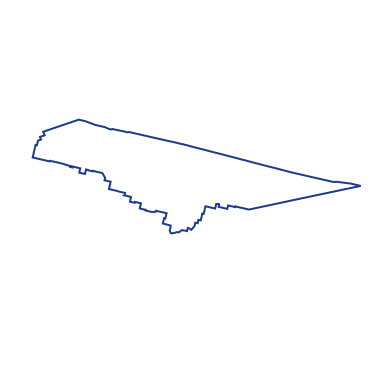 Westonia, Western Australia, Australia (Natural Earth projection), rotated 103°
{"feature_id": "25037944B31947016083721", "entity_name": "Westonia", "entity_type": "district", "adm_level": 2, "iso_a3": "AUS", "parent_name": "Australia", "parent_adm1": "Western Australia", "projection": "natural_earth1", "projection_center": [118.672, -30.879], "detail": "fine", "context": "isolated", "style": "outline", "palette": "blue", "viewbox_px": 384, "rotation_deg": 103, "n_neighbors": 0, "source": "geoboundaries", "source_scale": "gbopen_adm2", "svg_char_len": 2735}
<svg xmlns="http://www.w3.org/2000/svg" viewBox="0 0 384 384"><g transform="rotate(103 192 192)"><path d="M194.2,355.0L194.2,337.4L193.5,337.3L193.5,324.1L193.7,322.7L194.0,319.1L194.1,316.3L195.0,316.3L195.0,316.2L195.0,315.7L195.0,315.2L194.9,315.2L194.8,315.3L194.7,315.3L194.5,315.2L194.4,315.2L194.3,314.9L194.4,314.7L194.0,314.9L194.1,306.3L194.1,306.2L198.5,306.2L198.5,303.8L198.5,300.3L193.9,300.3L193.9,298.2L194.2,298.1L194.2,293.5L193.7,293.5L193.7,289.0L193.7,287.8L193.7,285.7L193.7,283.6L194.4,283.0L195.1,282.3L197.1,280.5L197.7,279.8L200.3,279.8L200.3,278.0L200.3,273.6L201.7,273.6L207.8,273.6L207.8,267.1L207.8,264.9L208.0,264.6L208.0,257.0L210.4,257.0L210.5,257.1L210.5,250.3L215.4,250.3L215.4,245.4L214.5,245.4L214.5,239.2L217.6,239.2L219.8,239.2L219.8,235.3L219.8,233.1L220.5,233.1L220.5,228.8L220.5,226.1L219.2,222.7L218.4,222.8L218.4,212.0L223.9,212.0L223.8,213.3L228.2,213.3L229.3,213.3L229.3,211.8L229.5,205.3L231.6,204.9L234.6,205.1L237.0,203.3L236.2,200.7L234.5,197.7L234.3,195.8L231.5,193.4L231.2,189.7L231.2,188.0L228.0,188.0L228.0,186.5L229.1,184.3L229.0,184.2L224.7,181.9L221.1,181.9L221.1,179.4L217.7,179.5L217.7,177.1L211.7,177.1L210.8,177.2L210.8,175.7L202.9,175.7L202.9,171.7L202.9,169.1L202.9,165.7L198.2,165.7L197.7,162.8L197.8,162.7L200.5,162.7L200.5,156.6L200.5,153.8L197.0,153.8L197.0,146.6L196.3,146.6L196.3,144.8L196.3,132.6L184.5,107.2L177.5,92.3L148.1,29.0L148.1,32.0L148.1,39.5L149.0,48.2L149.1,48.9L149.5,53.4L150.4,56.0L150.5,77.7L150.5,88.2L150.5,98.7L150.5,100.5L150.4,103.7L150.3,106.7L150.1,113.7L149.9,121.9L149.9,123.4L149.6,134.8L149.2,147.2L149.1,152.1L149.0,155.6L148.9,158.2L148.7,166.2L148.5,173.3L148.4,179.2L148.3,182.2L148.2,185.1L148.0,192.8L147.9,196.7L147.9,198.5L147.8,202.9L147.7,205.2L147.7,205.9L147.6,206.8L147.6,209.9L147.5,210.7L147.6,213.7L147.5,216.4L147.6,226.8L147.6,227.3L147.6,227.5L147.7,251.5L147.7,254.3L147.7,254.9L147.7,255.4L147.7,256.4L147.7,263.2L147.7,264.9L147.7,265.7L147.7,266.7L147.9,267.3L148.4,268.3L148.4,270.1L148.3,271.1L148.3,272.1L148.4,275.8L148.4,276.8L148.5,279.6L148.5,283.8L149.1,284.2L149.3,286.4L149.0,288.2L148.3,291.9L148.4,292.4L148.4,293.4L148.4,297.9L148.4,298.6L148.4,300.0L148.4,301.2L148.3,301.9L148.0,304.6L147.6,307.3L147.4,309.1L147.1,310.8L147.0,311.6L147.0,312.7L147.0,312.9L147.0,315.2L147.0,317.8L147.0,318.5L148.1,320.4L148.4,320.8L148.8,321.5L149.0,321.9L149.2,322.2L151.4,325.7L153.5,329.2L154.1,330.1L154.6,330.9L155.7,332.7L156.8,334.4L158.4,337.1L161.2,341.6L163.4,345.1L164.5,346.9L165.1,347.8L166.8,350.5L169.9,348.3L172.5,352.5L173.3,352.0L174.9,350.9L176.2,353.0L176.7,353.6L181.3,353.6L181.3,355.0L183.0,355.0L189.2,355.0L190.1,355.0L194.2,355.0Z" fill="none" stroke="#1e3a8a" stroke-width="2"/></g></svg>